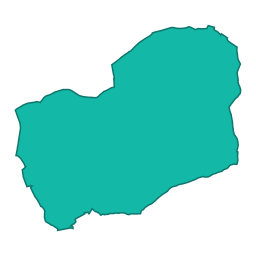 outline of Banisor, Salaj, Romania
{"feature_id": "2599482B3406770418233", "entity_name": "Banisor", "entity_type": "district", "adm_level": 2, "iso_a3": "ROU", "parent_name": "Romania", "parent_adm1": "Salaj", "projection": "mercator", "projection_center": [22.832, 47.107], "detail": "fine", "context": "isolated", "style": "filled", "palette": "teal", "viewbox_px": 256, "rotation_deg": 0, "n_neighbors": 0, "source": "geoboundaries", "source_scale": "gbopen_adm2", "svg_char_len": 5700}
<svg xmlns="http://www.w3.org/2000/svg" viewBox="0 0 256 256"><path d="M140.6,213.7L140.6,212.9L141.3,210.9L141.6,210.4L142.0,210.1L143.0,209.8L143.4,209.6L143.8,209.1L144.1,208.7L144.9,207.7L146.3,206.6L149.2,204.8L150.9,204.1L152.2,203.3L153.0,202.6L154.6,201.3L155.8,200.2L157.2,198.8L158.7,197.4L162.4,194.5L164.9,192.9L165.1,192.8L167.1,191.5L167.6,191.1L168.6,189.6L170.2,188.2L172.0,187.0L172.4,186.8L172.9,186.7L175.1,186.1L177.0,185.7L177.7,185.0L178.4,184.7L183.1,183.7L188.0,182.3L195.6,179.3L197.2,178.5L197.3,178.3L199.5,177.5L201.4,177.0L202.7,176.5L203.1,176.5L203.6,176.8L204.4,177.0L207.4,177.0L208.0,176.9L210.0,176.0L212.5,174.5L213.2,174.1L216.0,173.3L216.5,173.0L219.1,172.0L221.5,171.4L222.3,171.0L223.5,169.9L224.1,169.5L226.7,168.6L228.1,167.6L229.0,166.4L229.3,165.9L230.0,165.3L230.9,164.9L232.3,164.5L232.9,164.4L233.1,164.2L233.6,164.1L234.4,164.1L235.9,164.4L236.4,164.4L236.8,164.3L237.1,163.8L237.5,162.4L237.7,161.3L237.8,160.2L237.8,159.1L237.7,157.9L237.5,156.7L237.6,155.7L237.6,154.8L237.9,153.3L237.7,152.9L237.8,151.9L236.7,151.7L236.9,151.0L237.1,149.9L237.5,148.7L238.2,144.9L237.9,142.4L237.6,140.7L237.1,138.7L235.9,137.0L235.7,136.4L234.3,134.7L234.0,134.1L233.8,132.5L233.3,130.8L233.1,128.3L232.7,126.2L232.4,121.5L231.7,118.1L231.7,117.7L231.5,117.0L231.3,116.0L231.2,114.8L231.0,114.1L230.7,113.9L230.4,112.3L230.0,111.6L229.7,110.9L229.7,110.4L229.0,107.1L230.9,104.6L231.1,104.1L232.9,101.9L233.9,100.5L234.5,99.8L234.8,99.3L235.8,98.3L236.8,97.5L237.6,97.0L238.0,96.1L238.3,96.0L238.7,95.6L238.8,95.0L239.1,94.6L239.7,94.2L240.3,93.1L240.5,92.6L240.5,91.6L240.4,91.3L240.4,90.9L240.6,90.6L240.5,89.9L240.5,89.5L240.6,89.2L240.1,88.3L239.9,87.6L240.0,87.3L239.2,85.6L238.8,84.7L238.5,84.2L238.4,83.3L238.3,82.6L237.9,81.7L237.7,81.4L237.7,81.1L237.8,80.8L238.2,80.5L237.9,79.5L238.0,79.3L238.1,78.9L237.5,75.8L237.2,73.2L237.1,72.4L237.4,71.5L237.7,70.7L238.0,70.3L238.2,69.2L238.8,68.1L240.4,64.0L238.3,59.9L238.0,59.0L237.6,56.8L237.4,54.3L236.9,51.0L236.8,49.4L237.1,47.2L231.1,43.2L230.2,42.5L229.5,42.1L228.6,41.4L227.9,40.6L226.9,39.0L227.1,38.5L227.5,37.9L224.3,35.8L223.2,35.0L222.1,34.4L221.6,33.9L221.1,34.4L220.7,35.1L220.2,34.2L219.2,33.4L218.3,32.5L217.0,31.3L216.4,31.1L214.2,29.9L214.0,29.6L214.4,27.3L211.3,26.5L208.8,25.7L208.2,25.6L208.1,26.2L207.6,26.8L206.7,28.6L201.5,28.8L199.0,28.6L197.8,28.6L196.8,29.0L195.4,29.6L195.0,29.6L194.0,28.9L190.3,27.1L189.2,26.8L188.0,27.0L186.9,27.6L186.2,27.8L184.7,28.1L184.0,28.1L183.5,28.2L182.2,28.4L181.2,28.4L178.5,28.5L177.5,28.3L176.4,28.3L175.0,27.9L174.0,27.7L173.0,27.5L172.0,27.5L171.0,27.6L170.7,27.7L170.6,27.9L170.1,27.9L160.0,30.9L154.5,32.2L152.9,32.9L152.4,32.9L152.1,33.8L151.2,34.7L150.2,35.6L147.7,37.2L144.8,38.9L140.0,42.0L138.9,42.9L134.1,47.4L132.0,49.8L131.5,50.2L131.4,50.2L131.1,50.7L130.9,50.9L130.7,51.1L129.5,51.5L129.1,51.7L127.5,53.0L125.5,54.3L124.3,55.1L122.6,56.4L121.9,56.8L118.8,59.6L116.9,61.1L114.9,62.5L111.8,64.8L113.5,74.4L113.7,75.0L113.8,75.4L114.1,76.4L114.2,77.6L114.3,78.5L113.8,78.5L113.8,79.0L114.0,81.1L114.3,87.1L111.4,87.8L110.5,88.2L106.3,90.6L104.0,91.4L102.9,92.3L102.2,93.0L100.1,94.6L98.9,95.9L97.7,96.9L96.5,97.6L96.1,97.7L94.9,97.6L93.1,97.6L91.1,97.3L89.1,97.4L88.2,97.2L84.7,96.9L81.7,96.3L79.8,95.7L79.2,95.5L73.8,92.1L71.8,90.7L69.5,89.7L68.9,89.7L68.2,89.5L67.8,89.5L67.0,89.6L65.3,89.5L64.6,89.7L64.0,89.6L63.7,89.5L63.4,89.5L62.9,89.7L61.8,89.9L60.6,90.4L58.8,90.8L58.4,91.0L57.0,91.5L56.0,91.7L55.0,92.1L54.3,92.5L53.8,92.6L52.8,93.3L51.7,93.8L50.6,94.4L48.6,95.2L47.8,95.3L46.5,95.8L44.9,96.8L44.0,97.6L43.1,98.6L42.7,99.5L41.8,100.3L41.3,101.1L40.8,101.6L40.3,102.4L40.2,102.3L39.4,102.2L38.9,102.0L37.1,101.8L36.7,101.6L35.9,101.7L35.1,102.2L32.4,102.5L31.5,102.7L27.9,103.2L26.0,103.9L23.4,105.0L22.7,105.3L22.0,105.9L19.3,107.4L17.0,108.8L15.4,110.1L15.5,110.7L16.2,112.5L17.5,116.4L19.3,121.2L20.0,123.1L20.5,127.2L20.4,129.3L19.3,136.1L18.9,138.7L18.4,141.7L18.2,144.0L17.6,146.6L17.4,147.8L17.2,150.2L17.0,150.5L16.0,155.6L17.4,155.7L18.8,156.7L20.6,158.4L21.0,159.0L22.3,161.0L23.4,162.5L24.2,163.9L24.7,165.6L25.1,166.3L25.7,166.7L24.2,168.3L24.2,168.6L23.3,168.9L23.1,169.3L22.3,169.7L23.3,176.8L25.3,182.4L27.0,186.7L27.8,186.4L29.2,186.2L30.1,185.9L30.6,185.5L31.0,186.1L31.9,186.1L31.0,186.9L30.7,187.6L30.7,187.9L33.1,192.9L35.0,196.7L35.6,197.6L36.2,198.0L36.4,198.3L36.5,198.8L37.3,199.9L37.9,200.7L38.3,201.9L38.7,202.1L40.7,206.2L40.9,206.5L41.1,206.6L41.7,206.5L42.0,206.8L43.7,208.8L43.9,209.1L44.1,209.6L44.8,210.7L44.5,214.1L44.6,215.7L44.4,217.0L45.4,220.9L46.2,222.0L48.9,223.4L49.4,223.7L50.3,224.5L50.5,224.5L50.8,224.7L51.3,225.1L51.7,225.2L52.0,225.2L52.5,225.4L56.9,228.2L57.7,228.5L57.7,229.6L57.6,230.4L63.5,229.3L70.6,227.9L73.0,228.5L72.9,226.8L72.6,226.4L71.9,225.9L71.4,225.7L71.0,225.8L72.2,224.5L74.1,223.8L75.0,222.8L75.7,222.1L75.8,221.8L75.8,221.6L75.3,219.5L75.2,219.2L75.3,219.0L84.7,213.9L84.6,213.5L84.2,213.0L84.7,212.7L85.3,212.5L85.7,212.5L86.1,212.8L87.7,212.2L88.3,212.5L88.6,213.5L88.9,213.8L89.1,213.7L89.5,213.1L92.2,208.7L94.1,210.6L95.1,211.4L95.9,211.8L96.2,211.8L96.5,211.6L97.1,212.0L97.6,212.6L98.4,212.5L100.1,214.3L100.4,214.9L100.7,215.1L101.5,215.0L102.0,214.5L102.6,214.2L103.7,214.3L104.1,214.7L105.3,214.6L105.9,214.3L106.6,214.4L107.1,214.3L107.9,214.4L108.5,214.3L108.9,214.0L109.4,213.5L109.7,213.4L110.0,213.4L110.5,213.6L110.8,213.5L112.1,213.6L114.1,213.4L115.3,213.1L117.0,213.0L117.4,213.0L118.5,213.4L120.2,212.9L121.6,212.8L122.2,212.9L123.7,212.9L124.2,212.9L125.7,213.5L126.3,213.9L126.9,214.2L128.7,214.6L129.7,214.5L130.8,213.7L131.4,213.7L133.3,213.9L136.4,213.9L138.5,213.8L140.6,213.7Z" fill="#14b8a6" stroke="#0f766e" stroke-width="1.5"/></svg>